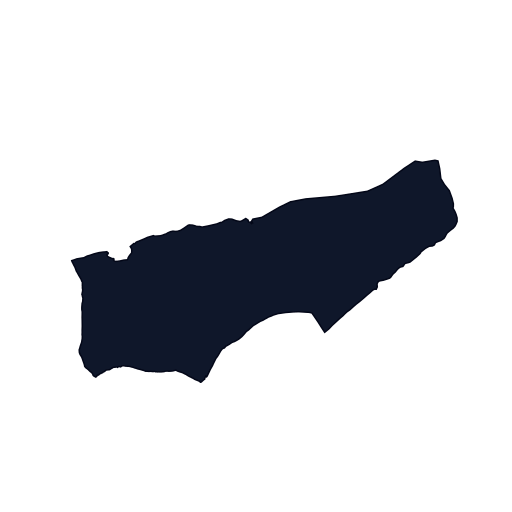 the district of Pangani, Tanga, United Republic of Tanzania, rotated 235°
{"feature_id": "72390352B29030119078393", "entity_name": "Pangani", "entity_type": "district", "adm_level": 2, "iso_a3": "TZA", "parent_name": "United Republic of Tanzania", "parent_adm1": "Tanga", "projection": "robinson", "projection_center": [38.828, -5.615], "detail": "fine", "context": "isolated", "style": "filled", "palette": "ink", "viewbox_px": 512, "rotation_deg": 235, "n_neighbors": 0, "source": "geoboundaries", "source_scale": "gbopen_adm2", "svg_char_len": 5908}
<svg xmlns="http://www.w3.org/2000/svg" viewBox="0 0 512 512"><g transform="rotate(235 256 256)"><path d="M231.8,457.5L237.3,446.0L242.4,440.8L242.8,427.8L241.9,401.1L245.1,384.4L259.4,355.1L274.2,329.5L280.6,315.4L282.5,303.4L284.3,283.0L288.0,274.6L287.2,272.7L285.0,272.1L284.9,272.1L285.0,270.9L285.9,270.7L286.9,271.3L287.2,270.3L288.1,269.5L288.8,269.5L289.8,270.1L291.6,269.5L292.6,269.1L292.7,267.4L292.9,264.5L293.4,262.8L296.2,260.0L300.0,257.4L302.0,254.9L303.1,250.7L303.1,247.3L303.9,246.0L304.7,242.4L308.0,234.2L310.6,228.4L312.4,226.9L314.3,224.3L315.8,223.3L317.7,221.7L319.7,219.2L320.1,218.1L320.1,213.0L320.3,208.9L321.3,205.8L322.5,203.9L324.0,202.2L325.0,199.8L325.6,196.7L325.6,195.2L326.2,193.4L326.7,191.2L327.5,189.1L330.3,184.4L331.3,183.8L331.5,183.7L333.5,177.8L334.1,174.4L335.4,168.4L335.9,166.8L336.0,165.4L335.5,164.1L335.8,163.6L336.3,163.1L335.9,158.4L334.6,158.3L333.3,158.2L331.8,157.4L329.9,156.0L329.0,152.8L328.0,150.4L327.4,149.7L326.8,148.9L326.8,148.2L328.4,145.5L330.0,141.6L331.2,139.3L332.3,137.6L333.4,137.0L334.3,136.9L334.8,137.6L334.9,137.9L335.7,137.7L336.2,136.9L337.0,136.3L337.9,135.8L339.8,134.6L341.1,134.2L342.5,134.6L342.8,135.0L342.6,136.1L343.2,136.7L344.2,136.4L345.1,136.3L345.9,134.7L347.0,132.9L348.8,129.4L350.0,126.3L350.7,124.4L351.9,120.2L352.8,117.7L353.3,114.0L354.2,112.2L355.4,109.7L356.4,107.6L357.2,104.6L357.8,102.7L357.9,102.4L357.3,102.2L356.3,102.0L355.2,101.9L354.1,101.7L352.8,101.5L350.9,101.3L349.6,101.0L348.5,100.7L346.8,100.2L344.9,100.1L343.3,99.9L341.5,99.7L340.1,99.6L338.7,99.5L336.9,99.3L336.0,99.0L334.9,98.8L333.9,98.7L333.1,98.0L332.1,97.3L331.3,96.7L330.2,96.1L329.4,95.4L328.4,95.0L327.4,94.4L326.4,93.5L325.3,92.3L324.3,91.3L323.1,91.0L322.2,90.5L320.8,90.1L319.2,88.8L318.1,87.9L316.8,86.3L314.0,84.0L312.3,82.8L311.6,82.4L309.9,81.6L307.4,79.8L305.5,78.4L302.5,76.4L298.1,73.4L294.9,71.0L293.1,69.8L291.3,68.4L289.9,67.7L287.9,66.2L286.7,65.0L285.4,63.8L283.9,61.7L282.8,60.2L281.6,58.8L280.6,57.4L279.5,56.7L278.3,56.0L277.9,55.8L277.2,55.7L276.6,55.5L276.1,55.4L275.6,55.4L274.9,55.4L274.0,55.3L273.3,55.3L272.5,55.1L271.8,54.9L271.1,54.8L270.5,54.5L269.9,54.4L269.4,54.2L268.1,53.9L267.6,53.7L266.3,53.4L265.6,53.1L265.2,53.0L264.7,52.8L264.2,52.5L263.8,52.4L263.4,52.4L262.3,52.5L262.2,52.5L261.6,52.7L261.2,52.8L260.8,53.0L260.4,53.1L259.9,53.2L259.5,53.4L259.1,53.5L258.8,53.5L258.3,53.6L257.7,53.7L257.1,53.8L256.6,53.9L256.2,54.0L255.8,54.1L255.3,54.4L254.8,54.5L254.3,54.5L254.1,54.6L253.4,54.5L252.9,54.5L252.0,54.3L251.6,54.1L251.3,54.2L251.1,54.2L250.9,54.3L250.6,54.4L250.3,54.5L249.5,54.9L248.8,55.5L248.8,55.4L248.7,55.4L248.7,55.6L248.9,56.6L248.9,56.8L249.1,57.0L249.4,57.6L249.0,58.4L248.8,58.7L248.8,58.8L249.1,60.3L248.7,61.6L248.8,62.4L248.4,63.3L248.4,63.5L248.6,64.4L248.6,64.8L248.3,65.4L248.5,68.0L246.9,70.8L246.8,73.2L246.7,73.6L246.7,74.2L246.8,74.2L246.7,74.8L246.6,75.3L246.1,76.2L245.5,77.3L245.2,78.0L245.0,78.3L244.7,78.5L244.4,78.6L244.1,78.8L244.2,79.2L244.3,79.7L244.2,80.3L244.0,80.5L243.0,81.3L242.8,81.6L242.9,82.7L242.8,83.3L242.5,83.8L242.2,84.4L241.9,84.8L241.6,85.1L240.7,85.9L240.4,86.4L240.0,86.8L239.6,87.3L239.1,87.8L238.7,88.5L238.1,89.1L237.3,89.8L236.5,90.4L235.9,91.0L235.1,91.7L234.2,92.2L233.4,92.9L232.7,93.5L231.9,94.0L231.0,94.7L230.4,95.3L228.4,97.0L227.9,97.3L227.5,97.7L226.9,98.2L226.2,98.7L225.0,99.4L224.6,100.0L223.9,100.9L223.2,101.7L222.7,102.4L222.2,103.2L221.6,104.0L220.8,104.9L220.4,105.3L220.2,105.7L219.8,106.6L219.3,107.0L218.8,107.3L218.3,108.1L217.8,108.6L217.2,109.5L216.7,110.2L216.0,111.1L215.4,112.0L214.9,112.9L214.2,114.1L213.9,114.8L213.7,115.7L213.3,116.2L213.0,116.8L212.5,117.5L212.1,117.9L211.2,119.2L210.6,120.1L210.0,121.2L209.5,122.1L209.1,123.3L208.7,124.2L208.6,124.7L208.3,125.0L207.6,125.3L206.9,125.7L206.2,126.1L205.6,126.6L205.0,127.0L204.2,127.6L203.6,128.2L203.1,128.5L202.4,128.9L202.2,129.2L201.8,129.4L201.4,129.5L200.8,129.8L199.9,130.3L199.4,130.6L198.8,131.0L198.4,131.1L197.9,131.2L197.3,131.5L195.8,132.2L194.9,132.7L193.9,133.3L192.8,133.8L191.7,134.5L190.5,134.9L189.6,135.4L188.1,136.4L187.4,136.9L186.8,137.2L186.1,137.7L185.5,138.0L185.0,138.1L184.6,138.0L184.3,138.3L184.2,138.7L184.2,139.3L184.3,139.8L184.5,141.3L184.6,142.1L184.6,143.1L184.7,143.6L185.4,143.9L186.4,146.0L185.5,146.3L185.4,146.3L185.7,147.2L189.3,153.5L191.2,157.5L192.2,159.1L195.1,164.4L195.8,166.7L196.8,169.0L198.5,172.6L199.2,174.8L199.2,176.2L198.8,177.4L199.4,179.5L199.2,181.2L199.0,183.5L199.0,186.6L198.7,187.9L198.3,189.2L198.0,191.7L197.8,194.5L198.1,198.2L198.8,201.4L199.7,204.7L199.7,207.4L199.8,208.2L199.9,208.6L200.2,210.9L200.6,213.9L200.4,216.1L200.2,220.1L200.1,220.9L200.1,221.8L199.4,225.0L199.3,227.0L199.0,229.2L198.9,231.1L198.0,234.4L197.8,236.0L196.2,241.0L192.7,247.9L188.7,254.7L186.0,258.9L182.1,263.8L179.4,267.2L177.3,269.1L177.5,269.1L173.8,269.1L166.4,269.0L160.2,268.7L154.1,268.5L154.5,274.0L155.5,278.7L156.9,289.5L157.2,292.9L157.7,295.5L158.1,298.4L158.1,301.9L158.7,306.7L159.1,310.4L159.3,314.7L159.8,320.1L160.3,324.4L160.6,328.2L161.1,332.1L160.8,334.2L159.8,335.4L161.1,337.6L163.8,339.2L165.0,341.7L164.6,343.2L163.1,346.5L161.9,350.3L161.2,352.8L161.4,354.4L162.0,355.9L162.5,357.4L162.7,358.1L163.0,360.8L164.0,364.3L164.2,366.2L164.2,367.7L163.8,368.8L163.2,370.3L163.6,371.6L164.3,373.1L164.3,374.2L163.8,375.5L163.2,377.0L162.7,378.7L162.9,381.7L163.1,384.5L163.2,386.5L163.9,391.6L164.3,392.7L164.7,393.1L165.1,398.9L164.9,401.3L164.6,403.6L163.7,405.1L163.0,406.4L162.8,408.5L163.7,410.0L164.0,410.9L163.4,413.6L162.7,416.1L162.6,420.0L163.4,422.1L164.5,424.1L165.2,425.8L165.6,430.0L165.7,433.4L166.3,436.0L167.2,437.8L168.9,440.5L171.9,442.6L175.5,443.8L178.2,444.4L180.8,444.7L182.6,444.8L182.9,445.7L184.0,446.5L185.5,447.6L190.8,449.7L198.6,451.8L206.4,451.3L213.4,451.8L222.1,456.5L229.5,459.6L231.8,457.5Z" fill="#0f172a" stroke="#020617" stroke-width="1.5"/></g></svg>